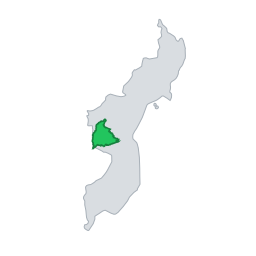 Lilongwe, Lilongwe, Malawi (highlighted), rotated 35°
{"feature_id": "42251766B26147222520266", "entity_name": "Lilongwe", "entity_type": "district", "adm_level": 2, "iso_a3": "MWI", "parent_name": "Malawi", "parent_adm1": "Lilongwe", "projection": "orthographic", "projection_center": [33.601, -14.039], "detail": "fine", "context": "in_parent", "style": "filled", "palette": "green", "viewbox_px": 256, "rotation_deg": 35, "n_neighbors": 0, "source": "geoboundaries", "source_scale": "gbopen_adm2", "svg_char_len": 7598}
<svg xmlns="http://www.w3.org/2000/svg" viewBox="0 0 256 256"><g transform="rotate(35 128 128)"><path d="M99.1,148.7L97.7,146.7L96.5,147.2L94.8,148.6L93.9,149.0L93.5,148.9L93.2,148.6L92.8,147.7L91.5,145.1L90.1,143.3L88.6,142.6L87.3,141.7L87.9,140.9L88.4,140.3L88.2,139.7L87.5,138.8L84.8,137.5L84.8,137.0L87.1,135.9L88.6,134.5L89.6,133.3L90.9,130.5L92.0,127.7L92.7,126.8L93.0,125.0L92.8,122.9L93.3,120.3L93.6,117.8L92.8,116.8L92.1,115.2L92.9,112.3L94.2,110.3L100.2,108.3L104.3,106.4L105.2,105.6L106.7,104.0L107.4,102.5L106.9,102.0L103.6,102.0L102.8,101.4L100.4,96.0L101.7,89.8L101.8,87.3L101.8,84.3L101.3,82.1L100.3,81.2L99.7,80.0L99.8,76.7L100.8,76.3L102.9,72.1L103.8,69.5L102.7,67.5L101.5,64.6L100.9,62.8L100.6,62.2L101.4,61.1L102.9,60.0L104.5,59.7L106.1,59.1L111.4,53.8L111.5,52.8L110.5,51.0L108.6,48.3L108.1,47.2L107.9,44.0L107.1,43.0L104.2,40.8L101.9,38.5L102.6,36.2L103.0,33.7L101.9,32.3L100.2,30.8L99.2,28.7L98.8,27.1L97.5,26.5L96.3,26.5L95.4,27.5L94.4,27.4L93.3,27.1L92.9,25.7L92.9,24.2L92.1,23.2L91.3,21.9L91.2,21.1L91.7,20.9L92.7,20.8L97.0,23.5L99.6,23.7L102.5,24.2L104.9,26.6L106.2,27.0L107.8,26.6L112.5,26.4L114.4,26.7L116.8,28.2L117.7,28.4L119.2,28.4L119.5,28.0L119.6,27.2L119.4,25.5L119.7,24.5L120.6,23.5L123.2,24.7L129.5,30.1L129.7,30.8L133.7,36.1L135.0,38.4L135.0,39.5L136.3,44.2L136.5,46.4L136.3,48.0L136.3,49.4L136.8,51.3L136.6,52.1L138.1,54.8L138.7,57.2L138.9,59.5L138.5,61.7L137.2,64.9L137.0,66.2L137.2,67.4L138.1,68.7L139.4,70.1L140.4,71.8L141.1,73.8L141.7,74.7L142.5,74.7L143.8,75.0L144.9,76.1L146.1,78.1L146.6,80.3L146.7,81.3L143.1,81.2L138.6,81.5L137.5,82.4L137.1,84.3L135.7,88.3L134.9,89.8L133.2,92.4L130.9,96.2L130.4,97.5L130.4,98.7L131.8,103.9L133.2,109.3L133.7,111.4L134.7,118.6L135.3,123.6L135.3,126.6L135.8,130.6L137.1,132.8L138.4,134.1L143.5,135.0L145.0,136.0L147.9,138.5L154.2,145.6L157.6,150.1L160.6,154.1L165.9,161.5L170.1,167.2L170.6,172.5L171.2,173.3L169.8,177.3L168.8,183.7L169.4,187.9L169.1,195.2L168.2,202.9L167.2,205.6L166.0,206.7L163.1,207.5L156.6,208.4L155.7,209.3L154.8,210.8L153.5,214.3L152.0,217.9L151.5,219.4L151.8,219.8L153.1,221.6L154.4,226.3L154.6,234.3L154.1,234.9L152.2,235.2L150.2,235.1L149.4,234.7L148.6,233.8L148.1,232.0L149.4,230.9L149.9,228.8L149.1,227.0L147.4,226.6L145.2,224.9L140.6,219.5L136.7,215.8L134.5,212.6L132.2,211.4L131.5,210.6L131.0,209.3L131.0,207.4L131.2,206.0L130.5,204.4L128.2,202.0L127.1,200.7L127.1,199.0L128.0,197.5L130.0,195.6L131.6,191.8L132.1,189.3L135.0,184.3L135.4,180.0L135.5,176.5L135.3,173.9L134.6,168.6L134.1,164.9L130.6,160.1L129.5,159.7L126.2,160.1L123.3,160.8L121.9,161.8L119.7,161.8L114.1,162.6L112.4,163.0L111.4,163.9L110.8,164.1L107.3,160.3L104.2,156.3L100.2,149.5L99.1,148.7ZM140.2,96.0L139.2,96.2L138.6,95.7L138.8,94.2L139.1,93.2L140.1,93.0L140.7,93.3L141.2,93.8L141.2,94.6L140.9,95.4L140.2,96.0ZM138.1,93.3L137.5,94.8L136.4,94.7L135.4,93.4L135.7,92.4L136.7,92.1L137.6,92.5L138.1,93.3Z" fill="#d9dde1" stroke="#a8b0b8" stroke-width="1"/><path d="M128.1,144.4L128.0,144.5L127.8,144.4L127.7,144.4L127.6,144.5L127.4,144.5L127.2,144.6L126.8,144.7L126.6,144.7L126.5,145.0L126.1,145.2L125.8,145.0L125.7,145.0L125.6,144.9L126.2,144.2L126.3,144.1L126.6,143.7L126.8,143.7L127.0,143.7L127.1,143.3L126.9,143.1L126.9,142.8L126.9,142.7L126.7,142.8L126.8,143.0L126.4,143.3L126.2,143.3L126.2,143.1L126.0,142.9L125.3,142.7L124.9,143.1L124.6,143.3L124.2,143.3L124.1,143.5L123.9,143.7L123.5,143.6L123.4,143.6L123.2,143.7L122.7,143.8L122.7,143.6L122.4,143.5L122.4,143.4L122.2,143.4L122.2,143.6L121.9,143.7L121.8,143.8L121.6,144.0L121.5,143.8L121.4,143.7L121.3,143.4L121.2,143.4L121.3,143.3L121.2,143.1L121.0,142.9L120.9,142.7L120.8,142.8L120.7,142.7L120.3,142.7L120.2,142.5L119.9,142.3L119.7,142.4L119.3,142.4L119.2,142.2L119.3,142.2L119.1,141.9L118.9,142.0L118.8,141.9L118.7,142.0L118.5,141.9L118.2,141.7L118.2,141.8L117.9,141.8L117.7,141.9L117.5,141.7L117.2,141.7L117.1,141.8L117.0,141.7L116.9,141.8L116.7,141.8L116.6,142.0L116.2,142.0L116.1,141.9L115.9,141.6L115.6,141.6L115.5,141.3L115.2,141.3L115.1,141.5L115.0,141.8L114.9,141.8L114.7,141.9L114.1,141.6L114.1,141.4L114.3,141.0L114.2,140.8L114.2,140.5L114.1,140.3L114.1,140.1L113.9,140.0L114.0,139.6L114.3,139.3L114.3,139.1L112.8,139.5L112.5,139.6L112.4,139.7L109.7,140.1L109.5,140.4L109.5,140.6L109.4,140.7L109.1,140.6L108.8,140.5L108.7,140.3L108.3,140.3L108.0,140.6L107.4,140.5L107.2,140.2L107.2,139.9L106.9,139.5L106.6,139.5L106.2,139.7L105.9,139.4L106.1,138.8L106.0,138.5L106.1,138.2L105.9,137.9L105.8,137.6L105.8,137.0L105.5,136.6L105.5,136.4L105.5,135.9L105.6,135.6L105.6,135.3L105.8,135.0L105.8,134.8L105.7,134.5L105.4,134.3L104.9,134.0L104.7,133.9L104.6,134.0L104.4,134.1L104.0,134.1L103.9,134.3L103.8,134.5L103.8,134.8L103.7,135.0L103.7,135.3L103.9,135.5L103.9,136.3L103.9,136.7L103.5,136.8L103.4,136.9L103.3,137.1L103.0,137.2L102.9,137.4L102.7,137.4L102.7,137.6L102.4,137.7L102.4,137.9L102.2,138.0L102.3,138.1L102.1,138.3L102.1,138.6L101.9,138.6L101.7,138.7L101.7,139.1L101.6,139.3L101.5,139.6L101.3,139.9L101.2,140.1L100.9,140.3L100.8,140.5L101.2,141.0L101.3,141.4L101.1,141.6L100.8,141.8L100.6,142.0L100.6,142.5L100.7,142.8L100.6,143.1L100.3,143.3L100.3,143.7L100.4,143.9L100.7,144.2L100.7,144.7L100.8,144.9L100.9,145.0L101.3,145.3L101.6,145.3L101.7,145.7L101.8,145.8L101.8,146.3L102.1,146.6L102.1,146.8L102.8,147.5L102.9,148.0L103.2,148.4L103.1,148.7L103.2,148.8L103.1,149.0L102.7,149.0L102.6,149.3L103.1,150.3L103.1,150.7L103.0,150.9L103.1,151.1L102.9,151.2L102.6,151.9L102.7,152.3L102.8,152.4L103.2,153.1L103.2,153.7L103.0,154.0L103.2,154.3L103.3,154.3L103.5,154.2L103.4,154.1L103.7,154.0L103.9,154.2L104.0,154.8L104.4,155.2L104.5,155.4L104.6,155.9L104.9,156.1L105.1,156.6L105.3,157.0L105.6,157.2L105.6,157.4L105.7,157.7L105.8,157.8L105.8,158.0L105.7,158.2L105.7,158.3L105.9,158.5L106.1,158.8L106.3,159.1L106.3,159.3L106.6,159.5L106.9,159.6L107.1,159.7L107.2,159.9L107.5,160.0L107.8,160.0L108.1,160.1L108.3,160.4L108.4,160.6L108.5,160.8L108.5,161.0L108.7,161.4L108.9,161.5L109.0,161.6L109.3,161.5L109.6,161.6L109.7,161.8L109.9,161.9L110.1,162.1L110.1,162.4L110.5,163.0L110.4,163.3L110.4,163.5L110.4,163.9L110.7,164.2L110.7,164.4L110.8,164.6L111.2,164.7L111.2,164.8L111.3,164.7L111.5,164.6L111.5,164.3L111.3,163.7L111.5,163.3L111.6,162.9L111.8,162.7L112.1,162.5L112.1,162.3L112.2,162.1L111.9,161.7L112.0,161.6L112.1,161.4L112.3,161.2L112.3,160.9L112.3,160.7L112.4,160.3L112.4,160.1L112.4,159.9L112.4,159.7L112.6,159.8L112.7,159.5L112.8,159.5L113.0,159.0L113.2,158.9L113.3,158.9L113.3,159.1L113.6,159.0L113.8,159.0L114.2,158.8L114.4,158.7L114.6,158.6L114.8,158.3L115.0,158.2L115.2,158.3L115.3,158.3L115.2,158.2L115.3,158.1L115.2,158.1L115.3,157.9L115.4,157.7L115.7,157.5L115.9,157.3L116.0,157.2L116.2,156.9L116.4,157.0L116.5,157.1L117.0,157.3L117.3,157.1L117.5,157.0L117.8,156.9L118.0,156.8L118.8,156.8L118.9,156.6L119.0,156.7L119.2,156.3L119.2,156.2L119.1,155.7L119.1,155.3L119.1,154.8L119.4,154.4L119.2,154.2L119.3,154.0L119.6,154.0L119.8,154.0L120.0,154.0L120.1,153.8L120.2,153.7L120.3,153.7L120.5,153.7L120.6,154.0L120.8,153.9L120.8,154.0L120.9,153.9L121.0,153.7L121.2,153.8L121.6,153.5L121.8,153.4L121.9,153.2L122.2,152.6L122.2,152.3L122.3,152.1L122.6,152.1L122.9,152.1L123.0,151.7L123.2,151.2L123.2,150.9L123.3,150.7L123.6,150.6L123.6,150.4L123.8,150.1L124.1,150.1L124.1,149.7L124.2,149.4L124.4,149.2L124.5,149.0L125.0,149.0L125.1,148.9L125.4,148.3L125.4,148.0L125.5,147.9L125.7,147.6L125.9,147.5L126.1,147.0L126.2,146.5L126.2,146.3L126.4,146.4L126.5,146.4L126.6,146.5L126.7,146.3L126.6,146.1L126.9,146.0L127.1,145.5L127.3,145.5L127.4,145.4L127.6,145.5L127.7,145.4L128.0,144.8L128.1,144.4Z" fill="#22c55e" stroke="#15803d" stroke-width="1.5"/></g></svg>